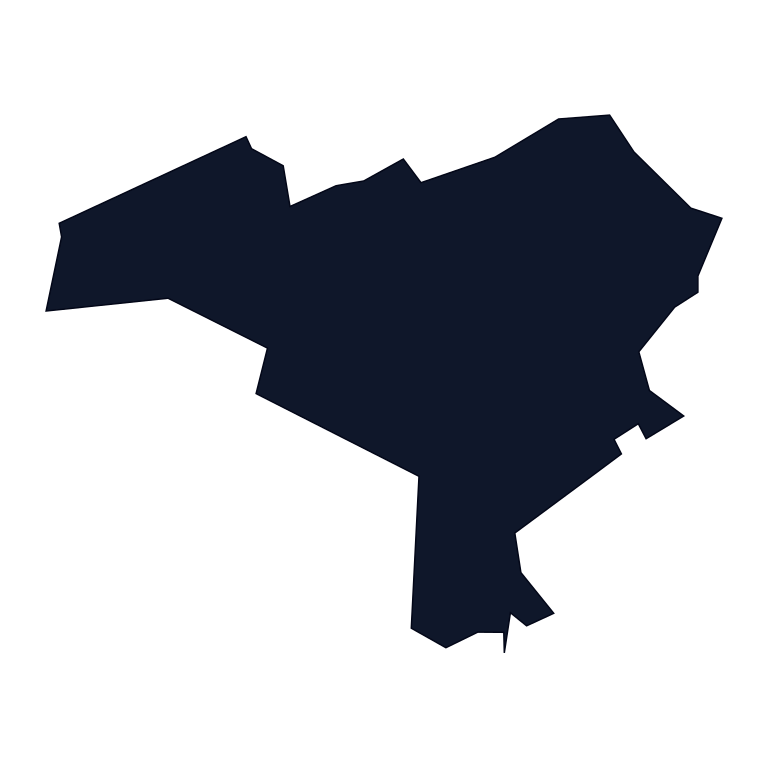 outline of Johnson, Georgia, United States of America
{"feature_id": "52423323B6841559990412", "entity_name": "Johnson", "entity_type": "district", "adm_level": 2, "iso_a3": "USA", "parent_name": "United States of America", "parent_adm1": "Georgia", "projection": "equal_earth", "projection_center": [-82.627, 32.666], "detail": "fine", "context": "isolated", "style": "filled", "palette": "ink", "viewbox_px": 768, "rotation_deg": 0, "n_neighbors": 0, "source": "geoboundaries", "source_scale": "gbopen_adm2", "svg_char_len": 645}
<svg xmlns="http://www.w3.org/2000/svg" viewBox="0 0 768 768"><path d="M609.6,115.1L558.6,119.0L495.0,157.2L421.0,182.7L403.3,159.0L363.7,181.0L336.2,185.7L290.0,206.5L283.2,165.8L251.5,148.7L246.0,136.7L59.2,223.3L61.6,236.9L46.1,311.0L168.0,298.2L267.5,348.1L256.1,393.6L419.0,476.3L411.3,628.2L445.9,647.7L477.8,632.1L503.8,632.3L504.3,652.9L510.4,612.7L526.6,625.8L553.7,613.3L520.9,572.6L514.8,533.0L593.1,475.0L621.4,453.9L614.0,439.3L638.3,423.7L646.1,438.7L683.7,416.0L649.4,390.5L638.8,351.8L674.7,307.1L697.9,292.2L697.9,276.0L721.9,218.3L690.8,208.1L633.9,151.9L609.6,115.1Z" fill="#0f172a" stroke="#020617" stroke-width="1.5"/></svg>